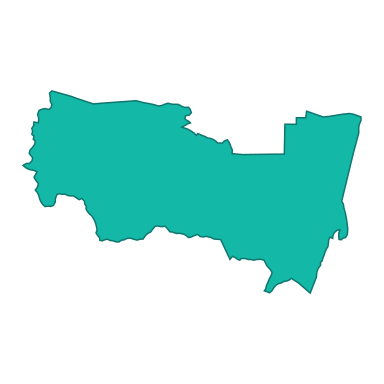 Taió, Santa Catarina, Brazil
{"feature_id": "56859067B18203284661636", "entity_name": "Taió", "entity_type": "district", "adm_level": 2, "iso_a3": "BRA", "parent_name": "Brazil", "parent_adm1": "Santa Catarina", "projection": "mercator", "projection_center": [-50.11, -27.092], "detail": "fine", "context": "isolated", "style": "filled", "palette": "teal", "viewbox_px": 384, "rotation_deg": 0, "n_neighbors": 0, "source": "geoboundaries", "source_scale": "gbopen_adm2", "svg_char_len": 3391}
<svg xmlns="http://www.w3.org/2000/svg" viewBox="0 0 384 384"><path d="M343.2,114.1L329.9,116.3L323.3,117.0L306.6,111.2L305.7,117.8L296.4,117.7L296.3,124.3L284.9,124.2L284.3,154.1L272.3,154.2L242.9,154.6L232.1,153.7L232.3,149.8L230.8,146.7L229.6,143.2L227.4,139.8L224.1,141.1L222.2,143.2L220.0,143.0L217.8,143.1L215.6,141.0L213.5,139.6L210.6,138.4L207.5,138.0L205.4,136.6L202.7,135.7L200.3,134.6L197.8,133.6L196.4,135.4L194.0,133.0L191.9,131.6L189.0,129.8L186.7,128.7L184.2,128.0L181.8,127.1L185.4,125.3L187.6,123.9L190.4,122.9L188.9,121.4L186.8,120.3L184.8,118.7L185.6,115.7L189.3,115.1L191.4,112.7L190.2,109.5L188.6,107.3L185.3,107.4L182.9,106.9L180.7,105.7L178.4,104.4L176.1,104.3L174.0,104.3L171.4,104.1L167.9,103.2L164.5,104.3L161.6,105.6L158.6,106.0L155.5,105.1L152.6,104.3L142.9,102.5L136.3,100.7L105.9,102.9L93.2,103.9L76.7,98.4L71.6,96.5L51.9,90.9L49.5,93.1L50.0,95.9L50.3,98.3L50.3,101.4L51.9,104.4L51.0,107.5L48.9,109.5L45.3,108.6L42.3,109.1L39.1,110.4L37.6,114.4L38.7,118.1L38.4,122.8L33.9,122.0L33.7,125.6L31.8,128.3L32.6,131.5L31.8,134.3L33.9,136.1L33.3,139.4L35.1,140.7L34.9,143.9L32.6,147.3L30.1,150.0L29.2,153.4L30.8,155.5L32.6,157.6L32.1,160.7L29.4,163.4L26.6,163.4L23.0,165.4L25.6,167.6L27.5,168.7L30.1,169.7L34.0,170.4L37.1,171.9L35.8,174.0L34.0,177.3L36.3,181.0L38.5,183.7L37.3,187.3L35.3,190.1L37.0,192.1L38.3,194.3L39.2,197.0L40.0,199.8L41.2,202.3L43.2,204.9L45.1,206.6L47.7,206.2L50.8,206.4L53.4,205.4L55.3,202.1L55.4,198.5L57.0,194.4L59.5,193.7L62.2,194.4L64.9,194.1L68.0,195.6L70.4,195.9L73.5,195.9L76.5,197.9L79.2,199.7L81.7,198.5L84.4,201.0L84.8,204.2L86.3,206.1L86.0,208.8L87.1,211.0L89.1,213.6L91.8,215.9L93.5,218.6L95.2,222.1L96.3,225.8L97.1,229.9L96.0,233.0L98.0,235.9L99.7,237.9L99.9,240.4L102.2,240.8L105.3,239.6L107.8,239.2L109.8,240.5L112.5,240.7L116.1,241.9L119.0,241.9L121.5,240.2L124.3,239.8L126.5,238.6L130.0,238.0L133.6,239.2L137.0,240.1L140.2,239.2L143.2,239.0L144.9,236.2L147.4,233.7L150.9,231.8L152.9,228.8L155.2,226.3L157.6,225.9L160.0,226.5L162.4,226.7L164.8,226.1L166.6,227.7L168.0,229.4L169.8,231.8L172.7,232.1L174.8,233.0L177.1,233.5L179.3,233.3L181.5,233.7L183.7,234.2L186.1,235.4L188.4,237.5L190.9,237.1L194.8,235.4L197.8,234.5L200.1,236.5L203.1,237.0L206.1,236.3L209.1,237.1L211.1,237.5L213.9,239.0L217.5,239.3L220.7,239.6L230.0,259.4L232.4,256.3L235.1,257.5L237.5,259.3L239.7,260.2L241.3,258.6L243.6,258.4L246.2,258.8L248.3,259.5L251.2,259.5L253.7,260.2L256.7,259.5L260.6,259.3L264.0,260.2L265.6,263.2L266.7,265.5L268.2,267.3L270.2,269.4L272.1,272.5L271.2,275.5L269.5,278.5L268.1,281.9L266.5,285.4L265.8,288.7L264.3,290.8L266.9,291.7L269.6,292.8L272.0,290.7L274.0,287.5L276.1,285.1L278.4,283.7L280.9,283.1L283.8,281.5L286.5,281.1L288.9,280.2L291.3,278.4L298.0,282.6L310.2,293.1L316.4,277.2L316.9,271.7L318.3,268.3L320.6,265.2L320.5,262.4L322.2,260.9L322.7,258.4L323.9,255.8L324.7,253.1L325.6,250.7L326.6,248.6L327.9,246.7L328.4,243.3L328.7,239.8L330.1,237.1L332.7,238.4L332.8,236.0L334.3,232.7L336.9,230.3L340.0,229.8L338.8,233.1L338.8,236.2L339.0,239.4L341.2,239.8L343.3,238.0L345.4,237.6L347.2,234.9L347.6,231.6L347.7,228.0L347.2,225.2L346.9,221.5L346.2,217.4L345.3,213.0L344.5,210.1L343.9,207.9L343.4,204.2L341.7,201.2L353.4,152.9L358.8,132.8L358.7,128.7L359.0,125.5L359.8,123.2L361.0,120.5L360.9,116.8L358.5,116.1L355.6,114.9L352.5,114.0L349.3,113.5L346.0,113.9L343.2,114.1Z" fill="#14b8a6" stroke="#0f766e" stroke-width="1.5"/></svg>